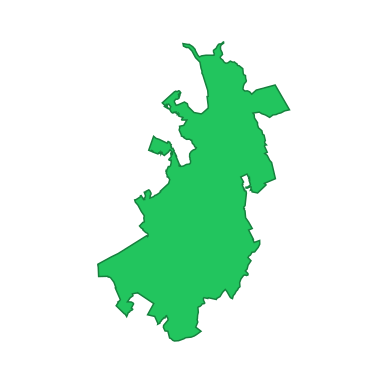 outline of Ciucurova, Tulcea, Romania, rotated 217°
{"feature_id": "2599482B74184137454330", "entity_name": "Ciucurova", "entity_type": "district", "adm_level": 2, "iso_a3": "ROU", "parent_name": "Romania", "parent_adm1": "Tulcea", "projection": "natural_earth1", "projection_center": [28.471, 44.915], "detail": "fine", "context": "isolated", "style": "filled", "palette": "green", "viewbox_px": 384, "rotation_deg": 217, "n_neighbors": 0, "source": "geoboundaries", "source_scale": "gbopen_adm2", "svg_char_len": 6078}
<svg xmlns="http://www.w3.org/2000/svg" viewBox="0 0 384 384"><g transform="rotate(217 192 192)"><path d="M109.1,91.6L111.3,93.3L111.4,94.0L113.4,97.0L114.6,99.8L117.8,103.3L117.7,104.4L116.9,105.1L116.4,107.1L116.5,108.9L115.2,110.0L115.0,111.0L117.6,112.4L118.8,113.8L118.9,114.8L115.2,116.5L115.3,117.4L107.9,120.8L108.1,122.1L106.7,125.3L107.2,130.2L106.8,134.2L104.3,133.6L98.4,131.0L97.2,130.8L95.5,131.2L96.7,134.1L96.5,136.1L97.0,139.5L96.7,141.2L97.1,143.3L96.7,145.2L99.5,148.4L100.6,152.1L100.6,156.5L99.8,157.6L98.1,158.2L97.4,159.5L98.2,160.5L101.9,161.1L101.6,163.6L103.2,167.3L103.5,172.6L107.9,173.3L108.0,175.4L107.4,176.8L107.8,180.0L105.9,181.9L105.8,187.6L106.5,191.1L108.8,194.0L112.0,189.1L114.9,190.7L114.6,191.2L123.9,195.7L121.9,199.1L128.6,202.0L133.7,203.7L138.4,208.9L139.8,209.4L140.2,210.3L140.8,210.0L141.6,211.3L141.4,213.0L147.9,223.9L149.4,225.2L150.8,224.6L151.2,224.8L150.8,225.1L151.6,225.7L152.2,225.3L152.9,225.8L152.9,226.3L154.7,226.9L156.2,228.0L155.9,228.6L157.0,229.5L156.8,231.0L162.1,233.3L158.9,239.4L155.3,237.6L154.7,236.7L154.4,237.0L154.5,237.7L152.8,235.8L153.1,235.4L149.9,233.2L149.7,231.9L150.4,230.3L150.2,229.7L151.8,228.3L151.2,227.7L150.2,228.3L148.8,230.8L148.0,231.6L147.2,230.9L146.4,228.6L145.7,229.6L144.1,228.3L139.0,230.7L137.1,242.2L139.4,242.4L133.4,252.8L146.2,263.5L148.9,264.0L154.0,266.5L157.1,266.5L155.8,269.0L161.7,272.2L162.1,273.1L160.9,274.4L163.5,274.9L164.4,276.1L164.3,277.1L168.7,280.8L170.3,280.6L173.1,283.0L177.6,283.3L180.1,285.1L181.4,286.8L186.7,288.7L188.8,291.1L190.8,291.7L186.3,296.3L183.5,296.5L179.8,297.7L174.9,298.3L173.7,302.3L171.4,304.5L170.4,306.5L168.6,308.7L166.8,312.6L163.6,316.3L190.0,327.5L202.0,312.1L203.2,306.1L206.2,306.7L208.5,306.2L210.5,304.5L212.1,304.5L213.3,304.9L214.8,307.7L215.4,310.0L215.2,312.6L215.5,313.5L217.6,315.1L219.4,317.2L221.3,316.8L222.6,317.7L225.7,321.1L230.4,321.2L231.8,320.5L233.5,321.5L234.7,321.1L236.3,321.4L237.5,320.2L240.2,319.6L241.1,316.6L242.6,315.1L244.9,315.1L246.8,315.9L249.5,315.9L250.5,316.6L250.7,317.4L250.4,320.2L251.9,321.5L254.8,322.9L256.7,325.1L257.2,326.9L256.3,329.9L257.0,330.8L257.3,330.7L257.5,329.0L258.1,327.6L259.3,326.7L259.7,325.8L259.6,323.4L259.2,321.3L260.1,318.1L259.1,316.8L257.5,315.9L256.8,314.4L263.2,309.6L266.2,306.6L267.4,304.3L269.8,304.8L274.3,306.9L275.4,307.8L278.9,308.5L283.2,308.2L283.8,307.5L288.5,305.1L286.6,303.4L283.4,304.0L281.7,305.3L276.9,304.6L269.9,301.4L263.8,300.5L259.4,296.4L256.9,294.7L255.5,292.8L253.9,292.1L240.5,282.5L236.6,278.1L237.4,277.3L230.9,270.6L229.6,268.7L231.1,261.2L231.7,259.9L238.2,256.7L246.5,257.8L248.8,259.7L252.2,259.3L255.5,253.4L256.8,251.7L260.1,253.2L260.9,254.2L260.8,256.3L259.5,257.4L258.9,258.8L259.3,259.1L259.1,259.6L259.6,261.1L260.3,259.8L260.3,261.8L260.8,260.6L260.4,263.0L260.7,264.5L261.0,264.6L261.6,261.0L261.2,264.6L262.7,265.1L263.5,264.9L264.3,263.2L265.7,262.7L266.4,261.2L269.4,245.3L265.3,244.7L265.5,243.7L261.0,244.2L261.0,244.6L263.5,245.0L263.5,245.4L264.6,245.2L265.1,245.8L265.2,246.4L264.6,246.2L263.9,246.7L264.0,247.9L263.5,248.2L260.2,247.3L260.3,246.6L259.6,245.3L260.1,244.8L257.0,243.5L255.9,243.3L254.7,243.6L254.5,244.8L253.1,246.0L253.1,245.2L251.9,245.6L251.0,245.4L250.7,246.2L250.3,245.1L249.7,245.9L249.8,245.3L249.5,245.4L249.2,246.0L248.7,244.8L248.1,244.7L244.1,246.1L243.9,243.6L243.4,243.4L239.4,246.4L238.7,240.2L241.5,237.0L240.5,236.0L239.6,233.8L234.8,231.1L234.2,230.3L231.4,231.0L231.2,230.5L228.0,230.8L226.0,232.5L224.9,232.8L223.9,232.6L223.4,233.1L221.2,231.2L218.4,230.7L217.1,229.8L215.2,230.0L215.1,228.2L216.3,226.3L217.0,223.9L216.8,221.1L215.0,218.5L214.1,218.1L213.4,217.0L211.8,216.0L210.7,214.2L210.8,212.9L213.1,210.6L214.5,207.5L216.3,205.7L216.9,205.7L217.4,206.3L217.9,205.8L218.4,206.1L217.6,205.2L218.0,205.1L219.0,206.6L226.6,211.1L226.2,211.4L229.7,213.1L231.3,213.4L231.1,214.2L233.6,215.4L234.0,214.7L235.5,215.1L235.6,215.7L236.8,216.2L237.0,217.3L238.7,217.5L239.5,218.3L241.5,218.0L241.5,217.4L241.0,217.2L241.2,216.0L249.9,214.3L253.0,213.2L256.2,213.4L251.7,199.3L249.1,200.0L249.1,201.0L247.7,201.0L247.6,200.3L242.1,201.9L242.2,203.1L241.8,203.1L241.7,204.2L241.4,203.6L240.9,203.6L241.0,204.7L240.5,204.8L239.7,203.8L240.0,205.6L239.4,205.4L239.1,204.5L236.1,204.5L234.9,209.6L234.9,212.5L231.7,211.8L231.0,211.2L230.0,209.4L232.0,211.4L232.4,210.2L229.8,207.8L230.1,204.1L229.5,203.7L228.3,204.1L228.0,204.9L227.7,204.8L226.1,202.6L225.0,200.0L225.2,198.7L226.2,198.1L225.2,193.9L225.7,193.7L225.1,192.7L224.5,192.9L223.9,191.5L222.1,190.7L221.1,189.3L220.7,189.1L220.1,189.7L217.2,188.5L215.8,184.7L217.7,174.1L217.8,173.5L217.2,173.3L217.4,171.8L218.7,168.1L219.5,167.2L219.9,165.1L221.9,161.9L223.3,164.3L223.3,165.2L224.0,166.4L226.8,167.7L227.8,167.7L229.2,164.8L228.7,163.9L229.8,163.5L230.0,163.1L227.1,161.2L226.3,159.8L226.2,158.7L226.5,158.3L225.3,157.5L226.0,156.8L230.3,158.5L230.4,157.8L230.8,157.8L230.4,156.8L230.8,155.7L232.1,152.3L233.0,151.2L231.1,149.8L227.3,149.0L220.6,145.9L215.8,144.3L214.8,142.2L212.2,139.6L212.3,139.0L212.9,138.3L213.5,133.3L211.0,132.7L208.8,132.9L208.5,132.7L208.5,132.2L204.7,131.8L202.6,132.2L201.6,131.7L200.6,130.2L200.6,129.6L201.9,129.8L213.9,98.5L217.5,91.4L222.8,79.7L223.6,77.9L223.1,77.7L223.4,77.2L221.6,75.5L215.7,68.3L208.5,74.0L207.7,73.6L206.9,74.3L205.3,74.5L200.1,73.0L195.1,69.7L195.5,69.2L194.1,68.4L184.4,62.9L184.4,61.4L185.0,59.5L184.4,59.3L184.1,55.5L172.6,54.0L172.0,54.3L169.2,53.2L170.3,57.4L169.7,58.5L169.8,59.7L168.7,62.0L168.8,62.7L170.6,62.8L171.3,67.5L172.3,67.9L174.3,67.6L177.5,65.4L177.7,70.3L176.7,73.6L178.3,74.8L175.9,77.6L174.9,78.3L174.9,78.8L155.4,79.9L153.6,67.2L146.9,70.2L140.1,66.5L139.8,65.8L138.7,68.0L139.3,69.3L138.9,70.6L139.2,71.7L138.8,73.1L138.9,74.4L137.8,75.0L138.3,76.9L137.8,77.9L136.9,77.1L135.5,76.8L134.1,75.4L134.4,68.4L133.4,66.7L129.9,64.8L127.5,66.3L122.0,61.9L120.6,62.3L118.0,62.0L116.3,62.5L113.2,65.2L110.1,70.0L109.4,71.8L105.3,75.6L103.6,78.3L102.6,80.8L101.0,86.2L107.7,86.3L109.1,91.6Z" fill="#22c55e" stroke="#15803d" stroke-width="1.5"/></g></svg>